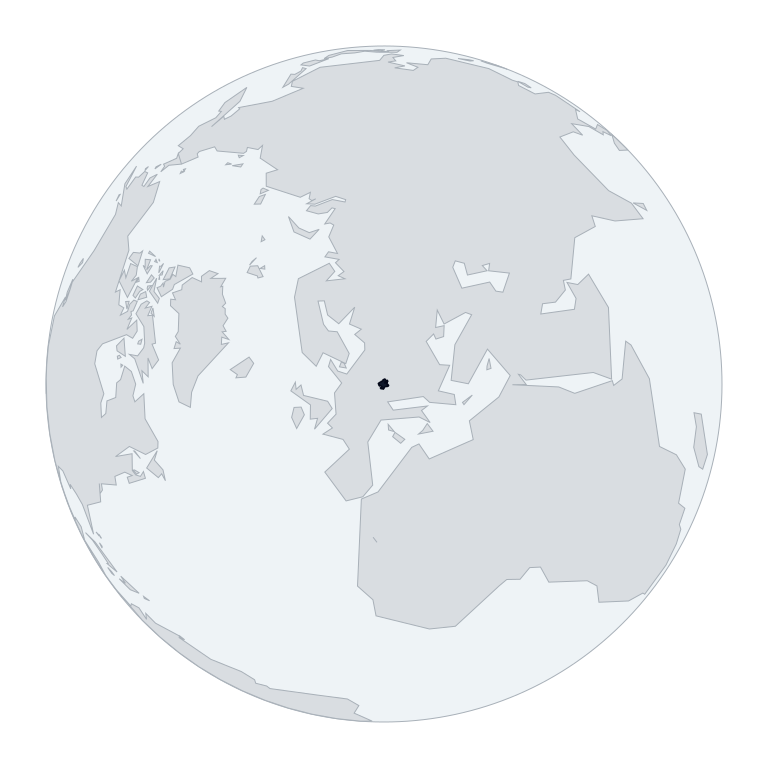 Niederösterreich on an orthographic globe, rotated 311°
{"feature_id": "AUT-2330", "entity_name": "Niederösterreich", "entity_type": "State", "adm_level": 1, "iso_a3": "AUT", "parent_name": "Austria", "parent_adm1": "", "projection": "orthographic", "projection_center": [15.834, 48.226], "detail": "fine", "context": "on_globe", "style": "filled", "palette": "ink", "viewbox_px": 768, "rotation_deg": 311, "n_neighbors": 0, "source": "natural_earth", "source_scale": "10m", "svg_char_len": 12877}
<svg xmlns="http://www.w3.org/2000/svg" viewBox="0 0 768 768"><g transform="rotate(311 384 384)"><circle cx="384" cy="384" r="338" fill="#eef3f6" stroke="#a8b0b8"/><path d="M58.3,293.9L64.0,275.7L70.9,256.8L82.2,232.1L95.4,208.3L110.4,185.7L127.3,164.3L145.8,144.4L166.0,126.0L155.0,135.5L165.5,126.3L177.3,116.8L192.4,105.8L219.2,90.6L240.8,86.5L231.3,90.8L237.6,89.9L249.8,84.9L256.4,81.9L294.5,77.7L335.8,70.1L346.6,64.5L346.0,68.9L365.1,57.1L386.1,54.3L363.7,59.7L362.4,62.1L377.3,60.8L379.1,63.1L387.4,64.0L388.3,67.1L375.2,70.9L375.5,73.2L386.0,72.2L393.6,75.3L378.1,76.2L389.6,81.9L369.7,90.8L327.5,93.6L317.6,103.7L277.2,121.0L282.0,123.0L269.8,131.9L270.8,137.7L263.0,139.9L270.6,142.8L277.5,139.8L283.2,140.2L284.4,143.6L274.7,146.7L272.7,145.5L270.4,148.2L265.1,148.5L268.4,150.3L256.5,154.2L270.0,155.5L262.0,163.0L253.6,164.3L252.3,157.3L229.6,145.2L220.8,145.6L209.5,152.4L192.8,179.0L183.9,182.7L173.4,192.7L179.2,193.4L189.5,186.0L197.8,190.4L209.5,181.5L214.5,182.3L227.4,176.6L227.7,185.1L221.0,196.7L210.4,202.2L207.1,207.7L219.1,209.1L201.0,226.5L192.3,251.2L187.3,255.3L174.4,250.3L169.8,232.8L153.1,229.0L166.1,239.6L153.6,250.8L152.5,256.3L154.5,260.8L160.1,259.9L156.3,265.8L141.9,256.9L145.2,251.4L149.7,254.0L147.4,246.2L137.7,241.5L132.1,248.2L123.3,236.2L119.2,241.1L115.0,241.6L122.1,234.4L109.2,247.5L97.9,239.7L80.1,263.4L95.2,235.4L99.2,224.0L102.4,212.9L99.3,216.5L107.7,198.7L108.2,192.3L98.0,204.4L86.9,223.0L78.6,240.5L80.9,238.0L77.6,249.1L69.7,260.6L62.2,285.7L57.1,299.2L53.5,314.0L52.3,323.0L50.3,338.6L52.4,337.5L54.3,345.9L50.6,359.2L54.6,354.7L53.6,368.5L59.6,394.8L58.2,395.8L62.6,433.9L73.4,465.1L75.9,480.4L74.0,483.5L79.1,493.6L79.3,497.7L104.8,536.7L122.3,563.1L124.8,576.0L116.0,577.4L121.8,596.2L114.3,587.7L100.2,567.5L87.6,546.3L76.6,524.3L67.2,501.5L59.5,478.1L53.5,454.3L49.2,430.0L46.8,405.5L46.1,380.9L47.2,356.2L47.3,355.9L50.5,334.0L51.7,325.7L51.1,326.4L56.9,299.2L58.3,293.9ZM75.2,269.6L67.0,305.9L66.8,292.7L67.7,293.5L70.8,282.5L74.9,266.5L76.0,256.2L75.2,269.6ZM82.4,268.9L83.4,263.7L83.1,267.9L82.4,268.9ZM259.0,80.4L249.9,84.7L238.1,88.7L245.5,84.7L259.0,80.4ZM281.6,74.7L277.8,76.9L271.2,76.5L275.4,75.4L281.6,74.7ZM354.0,60.5L346.3,61.8L353.1,59.9L354.0,60.5ZM388.4,63.6L390.0,62.7L393.6,63.6L388.4,63.6ZM226.4,172.4L226.8,174.5L224.2,174.5L226.4,172.4ZM231.5,168.2L228.1,166.7L230.0,164.5L232.1,165.5L231.5,168.2ZM398.4,69.5L403.7,71.7L396.0,70.0L398.4,69.5ZM235.2,170.6L233.9,160.8L237.3,157.1L248.0,157.7L235.2,170.6ZM405.3,73.4L418.3,79.4L423.0,77.5L417.1,86.9L408.0,78.2L397.7,76.3L404.4,75.6L405.3,73.4ZM279.2,137.4L271.9,140.8L276.8,134.9L279.2,137.4ZM281.0,133.6L288.1,116.3L299.6,113.4L294.8,119.5L308.7,113.8L310.8,120.9L303.6,125.6L295.8,125.9L302.6,128.5L281.0,133.6ZM411.7,91.4L412.9,93.7L409.2,92.1L411.7,91.4ZM285.8,139.9L286.2,136.4L296.2,133.6L297.1,140.1L293.6,138.9L285.8,139.9ZM311.4,109.1L318.9,108.5L322.7,113.9L326.1,114.5L311.8,120.8L311.4,109.1ZM292.0,141.2L297.4,143.5L293.8,148.0L286.1,143.1L292.0,141.2ZM298.3,130.3L303.1,129.4L300.8,131.9L298.3,130.3ZM284.3,166.2L284.6,161.7L289.8,159.7L284.3,166.2ZM299.6,144.1L300.8,142.5L302.9,141.4L305.6,143.8L299.6,144.1ZM315.5,124.4L315.5,127.0L321.5,122.0L324.6,126.3L314.5,129.9L320.1,130.1L321.1,131.5L311.8,133.0L315.5,124.4ZM314.7,143.0L302.9,149.7L301.2,158.3L296.5,160.2L300.1,146.1L314.7,143.0ZM313.8,136.9L313.3,141.0L307.7,141.0L304.6,138.2L313.8,136.9ZM330.3,128.0L328.2,120.5L330.5,120.0L330.3,128.0ZM315.3,145.4L318.1,143.8L315.8,146.0L315.3,145.4ZM326.9,133.2L325.9,130.6L328.5,130.1L326.9,133.2ZM324.6,143.0L320.8,145.0L318.6,143.1L324.6,143.0ZM326.6,138.5L330.4,138.5L320.1,141.1L325.7,137.3L326.6,138.5ZM329.6,133.2L330.8,132.0L329.6,134.4L329.6,133.2ZM335.2,149.5L322.8,153.4L317.9,148.9L330.7,145.7L335.2,149.5ZM228.9,579.0L203.8,530.1L213.9,517.2L214.1,496.6L282.3,442.4L298.6,450.3L354.4,446.5L361.7,449.7L357.1,467.3L400.6,487.8L412.2,472.6L449.6,479.2L473.2,473.7L478.2,439.2L439.5,447.5L430.8,432.3L460.2,411.7L493.8,404.7L491.5,398.6L468.7,390.0L474.7,375.7L460.5,385.9L467.5,391.1L458.9,397.9L452.0,393.7L454.3,388.6L443.8,387.9L435.1,413.3L441.2,421.3L414.5,429.5L422.2,443.9L415.5,451.8L400.1,430.5L400.3,421.9L372.9,398.5L370.3,408.1L395.9,431.2L388.6,429.7L385.2,444.1L382.1,432.1L354.8,405.4L329.6,409.8L300.3,441.8L285.0,442.0L270.9,432.1L278.7,397.1L312.1,400.6L315.3,389.4L306.1,370.8L317.0,373.9L317.4,367.1L329.8,367.6L344.8,352.5L357.0,351.4L360.7,330.7L367.5,327.6L363.4,340.6L367.1,349.4L397.1,347.2L402.3,342.4L402.2,329.4L410.5,330.9L406.6,318.6L422.8,311.5L399.8,310.3L399.1,296.2L407.6,284.4L403.3,279.8L389.4,299.2L387.6,307.3L392.7,314.4L384.2,337.7L374.3,341.8L367.6,317.5L352.9,321.2L354.1,301.6L390.8,259.5L407.3,250.3L439.2,263.5L436.7,273.0L424.0,272.8L437.8,285.5L435.7,278.4L442.6,280.0L443.7,267.8L448.6,268.4L441.2,256.0L447.4,255.4L452.0,263.3L458.8,245.8L471.0,241.8L470.2,237.7L465.9,234.3L484.3,232.1L482.8,229.2L476.3,228.7L469.2,222.8L463.9,211.8L470.5,211.6L473.3,215.5L489.3,224.0L495.8,235.2L498.0,234.1L493.9,224.4L474.4,213.9L469.3,207.4L479.0,211.0L475.1,209.2L474.7,205.9L480.4,202.7L470.0,198.3L456.0,165.4L465.8,156.8L475.9,163.1L473.2,142.4L484.4,135.8L478.3,135.1L472.9,125.7L469.3,127.6L466.0,126.7L450.4,105.2L451.9,100.6L438.3,92.1L435.2,92.0L433.3,94.8L417.1,86.9L423.0,77.5L429.8,78.1L428.9,72.4L444.5,75.0L457.0,75.1L474.6,82.4L483.0,82.4L481.6,80.2L492.0,79.3L517.9,85.9L502.8,89.8L465.1,85.0L481.0,87.4L479.1,89.9L485.9,92.8L497.0,94.6L497.2,92.9L524.0,114.1L554.2,129.0L547.8,118.8L552.4,116.3L581.1,128.0L625.4,168.4L632.0,168.3L638.1,173.2L644.9,183.5L636.3,176.5L635.6,180.9L629.6,175.8L637.8,191.1L629.6,184.6L639.9,200.4L645.3,201.8L641.2,190.2L653.7,207.6L660.3,206.4L670.4,216.9L690.8,256.2L697.5,281.6L699.8,286.8L697.6,289.7L702.0,307.7L712.1,316.8L714.4,324.0L718.1,353.3L716.8,348.5L711.1,356.3L715.3,376.5L719.9,374.9L721.7,386.0L720.5,392.7L718.1,383.7L715.9,386.0L712.7,369.7L703.6,354.8L702.1,370.7L698.5,361.4L685.8,354.7L681.5,377.3L677.3,426.7L682.8,452.1L678.7,471.1L658.6,451.4L647.3,430.5L641.5,440.1L619.6,432.0L585.9,456.1L579.9,451.4L573.9,459.2L558.3,459.7L548.6,451.0L539.7,456.4L565.3,478.7L574.6,472.8L580.7,455.5L586.2,465.0L601.1,466.3L589.0,503.2L537.0,552.6L530.0,534.4L480.1,488.6L480.5,481.2L480.2,480.4L479.5,479.1L476.9,491.7L467.7,481.4L496.4,517.8L502.1,534.1L536.3,554.1L533.6,558.3L544.0,560.4L574.9,538.3L575.5,544.8L562.1,580.8L517.6,632.9L522.4,651.1L517.4,667.2L487.3,684.5L487.6,692.6L471.7,699.1L469.1,703.3L455.1,709.5L432.4,715.6L396.4,718.7L396.0,716.5L380.7,710.9L360.3,689.4L371.3,677.2L368.9,666.5L342.6,638.4L348.5,622.2L341.0,614.4L325.9,614.8L317.0,604.9L307.6,603.4L248.0,596.8L228.9,579.0ZM261.2,476.3L259.9,482.6L261.2,476.3ZM531.3,413.5L550.0,405.9L538.1,388.7L544.3,384.6L537.9,380.5L537.1,387.5L521.0,375.5L527.8,365.4L523.7,357.0L517.2,359.3L507.4,379.9L530.3,396.9L527.5,407.5L531.3,413.5ZM59.9,395.5L60.2,401.3L58.8,397.1L59.9,395.5ZM64.3,295.8L63.7,301.5L62.6,306.3L62.5,302.8L64.3,295.8ZM66.0,341.9L66.6,349.3L64.9,343.8L66.0,341.9ZM66.3,311.4L65.4,336.5L62.3,327.5L63.3,311.9L64.0,319.6L66.3,311.4ZM77.5,273.4L76.6,277.7L75.2,278.9L77.5,273.4ZM82.2,272.1L82.1,271.0L83.6,267.5L82.2,272.1ZM154.5,251.2L155.5,252.2L156.4,257.4L153.7,256.4L154.5,251.2ZM174.2,273.5L167.6,282.5L170.4,275.1L165.3,275.1L164.9,260.0L184.9,256.6L175.9,260.6L174.2,273.5ZM169.9,239.8L167.9,249.1L169.3,239.1L169.9,239.8ZM307.3,331.5L312.2,336.6L308.5,344.1L293.1,347.3L298.2,336.2L307.3,331.5ZM320.0,342.2L317.7,318.2L327.2,315.9L322.3,321.2L328.8,322.0L322.6,330.8L334.0,352.8L331.5,361.0L304.3,361.2L314.5,356.4L309.1,351.4L320.0,342.2ZM294.9,267.2L294.0,258.5L315.8,264.5L314.1,272.1L298.6,275.2L291.5,268.2L294.9,267.2ZM254.4,174.3L252.7,171.8L255.3,170.7L259.0,172.0L254.4,174.3ZM284.0,164.2L264.9,184.8L261.9,182.8L254.3,198.1L243.5,198.9L248.8,188.8L234.7,201.3L235.2,192.6L226.5,201.9L239.5,179.3L239.3,172.4L243.6,179.6L253.6,178.9L257.8,176.6L269.8,165.1L274.3,150.7L284.9,148.4L291.2,150.5L291.7,153.6L284.7,154.0L290.4,157.9L280.6,160.9L284.0,164.2ZM358.4,186.3L350.1,184.0L359.9,195.2L350.2,197.0L352.0,198.2L345.7,203.2L341.1,211.5L336.4,211.2L336.7,214.7L332.5,218.3L331.3,223.0L322.4,224.3L320.2,230.3L317.2,227.6L315.8,237.7L312.9,230.8L307.2,235.3L313.0,239.6L268.1,238.3L251.6,244.2L239.3,253.2L236.0,241.0L245.4,225.2L261.0,210.2L277.5,206.8L273.0,202.3L279.6,199.4L280.4,204.2L283.0,195.3L288.6,194.3L302.6,183.0L303.0,171.5L308.1,167.4L310.8,171.4L314.0,164.6L322.5,169.5L326.3,166.8L338.5,169.4L341.4,179.3L345.5,175.6L355.0,177.8L358.4,186.3ZM338.5,150.5L344.2,161.1L341.6,167.6L321.5,160.5L316.8,162.3L303.8,158.7L307.8,149.5L311.1,151.3L315.3,151.0L312.4,154.0L317.9,151.4L322.7,153.9L328.2,152.7L328.5,156.4L338.5,150.5ZM368.9,442.9L374.3,443.7L382.5,442.6L380.5,452.0L368.9,442.9ZM349.9,425.1L354.7,424.0L355.9,436.0L350.2,435.5L349.9,425.1ZM356.3,413.6L354.8,423.0L352.3,417.6L356.3,413.6ZM367.7,339.1L372.6,337.4L373.5,340.4L371.3,345.0L367.7,339.1ZM385.7,222.3L381.3,219.3L382.5,217.5L378.3,207.6L385.2,205.8L390.4,211.1L385.7,222.3ZM472.2,446.6L466.0,454.5L462.2,452.3L465.1,450.0L472.2,446.6ZM421.6,455.3L433.6,457.9L420.9,457.9L421.6,455.3ZM392.5,218.7L390.0,214.7L395.0,216.3L392.5,218.7ZM390.0,204.0L395.7,204.9L385.5,204.5L390.0,204.0ZM569.4,643.2L543.0,674.3L528.8,680.4L528.2,675.9L539.4,659.3L556.7,647.8L565.7,636.8L569.4,643.2ZM720.7,413.2L720.5,414.5L714.7,408.4L716.9,399.9L721.7,392.4L721.6,397.3L721.7,396.6L720.7,413.2ZM684.1,453.2L690.3,461.2L687.4,468.4L684.1,453.2ZM702.3,270.5L702.2,270.3L701.0,266.8L701.1,267.2L702.3,270.5ZM703.1,293.1L704.1,300.8L702.4,297.8L700.2,286.3L703.1,293.1ZM678.2,226.3L684.4,235.3L686.8,239.6L684.2,237.1L678.2,226.3ZM447.7,202.0L445.9,217.4L449.2,228.3L458.2,233.6L444.8,233.1L439.7,216.3L447.7,202.0ZM454.3,169.7L446.3,165.8L450.1,163.6L452.5,164.2L454.3,169.7ZM449.2,170.1L438.9,172.8L434.6,168.1L443.7,166.9L449.2,170.1ZM415.9,194.9L414.8,199.5L410.8,197.9L415.9,194.9ZM700.4,265.2L701.2,267.6L693.7,251.2L691.4,245.1L698.1,259.5L698.0,259.0L700.4,265.2ZM636.9,165.5L633.2,162.8L629.1,157.1L632.8,160.5L636.9,165.5ZM612.0,137.9L626.7,154.8L637.9,169.6L637.9,167.9L646.7,177.2L642.9,176.2L629.8,161.0L622.5,151.1L614.7,144.7L605.2,135.2L596.7,130.4L590.3,125.3L595.8,126.8L612.0,137.9ZM593.3,128.9L575.1,119.2L570.4,112.0L573.3,112.5L583.6,119.7L585.5,123.1L593.3,128.9ZM569.3,115.0L570.9,118.3L547.7,115.3L541.6,113.0L556.8,110.5L559.2,113.6L565.7,116.0L569.3,115.0ZM416.2,93.0L413.2,93.6L414.3,91.8L416.2,93.0ZM464.1,127.9L459.8,126.3L461.1,123.9L464.1,127.9ZM448.5,120.9L450.0,124.7L445.6,120.7L448.5,120.9ZM453.8,133.5L449.2,126.2L457.6,133.1L453.8,133.5Z" fill="#d9dde1" stroke="#a8b0b8" stroke-width="1"/><path d="M380.8,379.4L381.0,379.4L381.3,379.5L381.3,379.8L381.7,379.7L381.8,379.6L382.1,379.6L382.3,379.7L382.5,379.8L382.8,380.0L383.1,380.1L383.4,380.3L383.5,380.3L383.8,380.2L384.0,380.2L384.0,380.3L384.3,380.4L384.3,380.5L384.8,380.9L385.0,381.0L385.3,380.9L385.9,381.0L386.0,381.0L386.3,380.6L386.5,380.6L386.8,380.6L387.0,380.7L387.2,380.8L387.2,381.0L387.3,381.0L387.5,381.0L387.8,381.1L388.0,381.1L388.2,381.6L388.3,381.7L388.4,382.0L388.2,382.2L388.2,382.3L388.1,382.5L388.0,383.0L388.1,383.3L388.2,383.5L388.3,383.6L388.4,383.8L388.5,384.0L388.5,384.3L388.6,384.5L388.8,384.5L388.7,384.7L388.5,384.8L388.5,385.0L388.4,385.0L388.3,384.9L388.2,384.9L387.9,385.1L387.7,385.1L387.4,385.3L387.3,385.5L387.2,385.6L386.9,385.8L386.6,385.7L386.4,385.7L386.2,385.9L386.1,386.0L386.1,386.3L386.0,386.5L385.9,386.5L385.8,386.9L385.8,387.0L386.0,387.2L386.2,387.4L386.0,387.7L386.0,387.8L385.9,387.9L385.9,388.0L386.0,388.1L386.0,388.3L385.7,388.5L385.3,388.6L385.1,388.5L385.1,388.4L385.0,388.2L384.9,388.2L384.7,388.1L384.3,388.1L384.2,387.9L384.0,387.7L383.9,387.4L383.7,387.5L383.6,387.4L383.6,387.2L383.4,387.1L383.2,387.0L383.2,386.9L382.8,386.8L382.7,386.7L382.4,386.5L382.2,386.4L381.8,386.4L381.6,386.4L381.5,386.5L381.4,386.6L381.2,386.7L381.0,386.8L380.9,386.8L380.7,386.8L380.4,386.9L380.2,386.9L379.6,386.8L379.5,386.7L379.6,386.4L379.6,386.1L379.7,385.9L379.6,385.7L379.4,385.6L379.2,385.5L378.5,385.0L378.5,384.9L378.6,384.7L378.6,384.4L378.7,384.2L378.7,383.9L378.8,383.9L379.0,383.9L379.2,384.0L379.3,384.1L380.0,384.1L380.2,383.9L380.3,383.9L380.5,383.9L380.6,384.0L380.6,383.9L380.6,383.3L380.6,383.1L380.5,382.9L380.4,382.7L380.3,382.4L380.4,382.2L380.1,382.1L379.9,382.0L379.6,381.9L379.6,381.7L379.6,381.3L379.7,381.2L379.9,381.0L379.9,380.9L380.0,380.8L380.0,380.7L380.4,380.8L380.5,380.8L380.6,380.7L380.6,380.1L380.6,379.9L380.6,379.6L380.7,379.4L380.8,379.4ZM386.5,383.6L386.4,383.4L386.2,383.5L385.8,383.7L385.7,383.7L385.7,383.8L385.4,383.8L385.4,384.0L385.5,384.1L385.5,384.3L385.8,384.5L385.9,384.4L386.0,384.4L386.1,384.5L386.3,384.5L386.3,384.4L386.6,384.4L386.9,384.4L386.8,384.2L386.8,383.9L386.8,383.7L386.7,383.6L386.5,383.6Z" fill="#0f172a" stroke="#020617" stroke-width="1.5"/></g></svg>